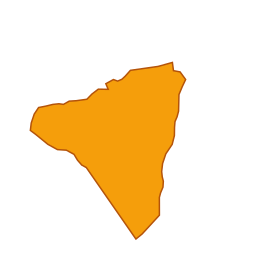 the district of Lagoa Salgada, Rio Grande do Norte, Brazil, rotated 311°
{"feature_id": "56859067B50769407156017", "entity_name": "Lagoa Salgada", "entity_type": "district", "adm_level": 2, "iso_a3": "BRA", "parent_name": "Brazil", "parent_adm1": "Rio Grande do Norte", "projection": "mercator", "projection_center": [-35.501, -6.146], "detail": "fine", "context": "isolated", "style": "filled", "palette": "amber", "viewbox_px": 256, "rotation_deg": 311, "n_neighbors": 0, "source": "geoboundaries", "source_scale": "gbopen_adm2", "svg_char_len": 764}
<svg xmlns="http://www.w3.org/2000/svg" viewBox="0 0 256 256"><g transform="rotate(311 128 128)"><path d="M49.4,206.8L57.3,208.2L82.8,208.9L96.2,197.2L100.5,195.1L106.3,193.2L111.0,189.6L113.6,185.9L117.2,182.0L123.9,177.4L133.3,173.5L144.6,172.1L152.7,168.0L159.0,162.7L163.6,159.3L168.6,157.7L173.9,155.1L186.7,144.5L194.9,141.8L202.4,139.7L204.5,130.5L201.1,124.7L206.6,118.5L194.2,110.3L173.1,92.0L165.2,91.9L160.7,91.4L156.6,89.4L155.0,85.2L146.9,82.2L144.2,87.7L137.8,80.1L130.0,78.5L122.7,78.1L114.6,71.0L109.7,66.0L103.5,63.8L101.0,60.0L96.5,55.8L90.7,51.7L84.8,47.1L77.0,48.1L68.3,51.7L62.1,55.9L62.6,62.3L63.1,78.3L65.4,88.9L70.8,96.0L72.7,104.5L70.6,111.0L69.7,117.4L70.8,122.5L49.4,206.8Z" fill="#f59e0b" stroke="#b45309" stroke-width="1.5"/></g></svg>